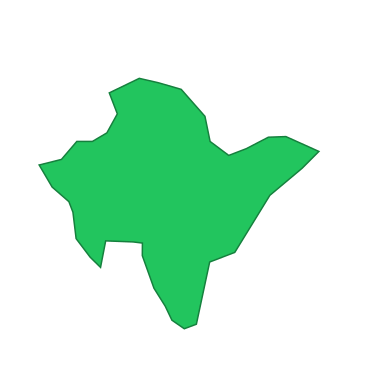 SVG path tracing the border of Mališevo, rotated 159°
{"feature_id": "KOS-5911", "entity_name": "Mališevo", "entity_type": "District", "adm_level": 1, "iso_a3": "XKX", "parent_name": "Kosovo", "parent_adm1": "", "projection": "orthographic", "projection_center": [20.745, 42.495], "detail": "fine", "context": "isolated", "style": "filled", "palette": "green", "viewbox_px": 384, "rotation_deg": 159, "n_neighbors": 0, "source": "natural_earth", "source_scale": "10m", "svg_char_len": 607}
<svg xmlns="http://www.w3.org/2000/svg" viewBox="0 0 384 384"><g transform="rotate(159 192 192)"><path d="M235.3,67.0L248.2,67.1L256.7,79.5L257.9,94.9L262.0,115.8L261.2,150.4L256.6,162.1L264.9,166.5L290.1,177.3L304.4,154.4L310.4,167.5L316.9,190.0L310.4,215.8L310.4,227.1L320.8,246.7L325.0,272.0L302.2,269.2L281.4,280.5L266.9,274.9L250.3,277.7L233.7,291.7L233.7,314.2L200.5,317.0L183.9,305.8L165.3,291.7L152.8,258.0L157.0,232.7L144.6,213.0L125.9,213.0L101.1,215.8L84.5,210.1L59.0,184.4L80.7,174.7L120.5,161.0L173.7,120.3L200.6,120.3L235.3,67.0Z" fill="#22c55e" stroke="#15803d" stroke-width="1.5"/></g></svg>